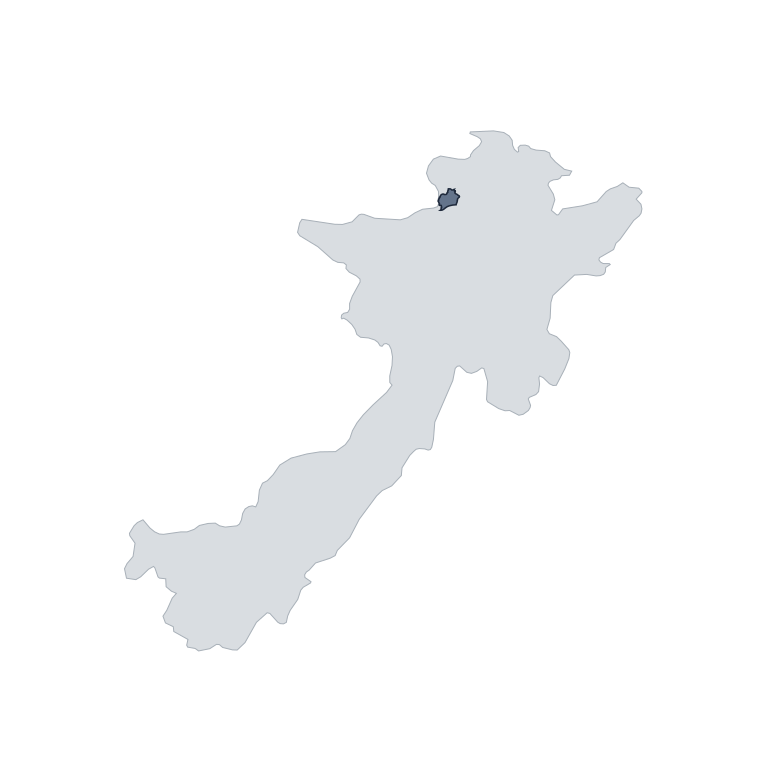 Ngeun, Xaignabouri, Laos (highlighted), rotated 77°
{"feature_id": "54806243B6650440767024", "entity_name": "Ngeun", "entity_type": "district", "adm_level": 2, "iso_a3": "LAO", "parent_name": "Laos", "parent_adm1": "Xaignabouri", "projection": "robinson", "projection_center": [101.129, 19.732], "detail": "fine", "context": "in_parent", "style": "filled", "palette": "slate", "viewbox_px": 768, "rotation_deg": 77, "n_neighbors": 0, "source": "geoboundaries", "source_scale": "gbopen_adm2", "svg_char_len": 7267}
<svg xmlns="http://www.w3.org/2000/svg" viewBox="0 0 768 768"><g transform="rotate(77 384 384)"><path d="M277.5,97.4L280.8,103.9L296.3,121.6L299.0,126.3L304.6,130.0L309.4,145.7L311.4,146.7L313.9,145.6L315.9,143.4L317.4,137.3L318.5,136.7L320.3,141.7L324.6,143.2L326.5,145.3L327.0,149.1L326.4,153.0L322.8,161.9L320.7,173.9L335.8,199.6L342.2,203.1L357.2,207.3L367.5,213.0L372.2,211.6L376.7,205.2L382.1,201.7L392.2,196.2L395.2,195.9L400.8,198.1L410.0,204.5L424.0,216.4L423.5,219.6L421.0,222.7L413.6,227.5L411.2,230.5L412.7,231.7L418.9,232.4L426.2,235.1L428.4,238.3L429.7,245.4L431.0,246.8L437.8,246.0L439.9,247.0L442.3,249.3L444.8,255.2L444.8,259.6L438.1,267.5L437.3,272.1L433.8,277.7L424.6,287.1L422.1,287.6L405.0,282.5L391.4,283.2L390.3,285.2L392.6,290.8L393.3,296.4L391.2,300.7L383.4,306.2L383.2,308.6L384.8,311.1L396.1,316.2L432.6,343.1L449.1,348.3L456.4,351.7L458.3,353.6L458.3,355.9L456.4,358.9L454.8,364.2L454.8,367.4L456.5,370.5L459.4,375.0L469.7,385.3L477.1,387.7L485.0,399.4L487.4,409.7L491.3,416.3L510.2,438.5L526.1,452.1L535.6,466.9L540.2,470.2L541.6,475.5L543.0,491.0L548.5,498.8L549.7,501.9L552.0,504.2L554.7,504.6L560.2,499.6L561.3,500.3L563.9,508.5L566.2,511.5L574.5,516.5L583.5,526.4L588.3,530.0L594.3,532.8L595.1,535.9L594.1,539.1L592.2,541.1L581.9,546.8L580.6,549.3L587.5,561.9L604.7,577.6L610.2,586.9L609.0,591.4L604.4,600.5L600.9,603.0L600.0,605.8L602.7,613.3L602.4,624.7L599.2,627.5L596.2,634.5L594.1,635.0L588.8,632.5L577.9,644.5L573.1,643.9L567.6,650.7L560.5,651.6L555.6,646.5L545.0,638.5L541.3,633.4L538.0,637.8L532.5,641.9L524.7,640.5L522.6,646.5L521.1,647.6L511.7,648.6L509.9,649.6L511.5,655.1L517.1,664.4L518.8,669.8L515.3,678.6L505.6,678.4L501.2,674.8L495.6,667.3L483.1,662.4L474.7,665.8L472.2,665.6L465.9,659.4L463.5,655.4L462.1,649.4L471.6,644.5L476.4,640.8L479.6,636.7L480.9,632.6L482.4,615.2L483.8,609.1L482.9,601.6L480.3,595.7L480.3,586.8L481.6,579.7L485.2,576.1L487.7,570.9L489.1,559.3L488.0,556.4L484.4,553.5L478.3,550.8L474.5,547.4L473.0,543.3L473.1,539.7L474.9,536.6L470.3,533.1L459.4,529.3L453.3,524.7L452.0,519.4L447.4,512.4L439.5,503.7L435.3,491.2L434.8,475.0L435.7,461.7L439.0,446.4L434.4,435.3L429.4,429.5L422.4,425.2L415.7,419.0L409.3,411.0L401.7,399.1L392.8,383.4L386.9,376.4L383.8,378.0L377.5,376.6L367.7,372.0L359.3,369.6L352.0,369.2L347.3,370.2L345.1,372.6L345.0,375.0L346.8,377.4L345.9,379.2L342.1,380.5L339.0,383.1L335.6,388.8L333.2,396.3L329.7,399.3L324.1,399.9L318.7,402.0L313.3,405.7L310.8,408.5L311.1,410.4L309.9,410.8L307.3,409.8L306.0,407.3L306.1,403.3L303.4,400.7L297.8,399.4L291.4,395.2L279.2,384.3L276.4,383.8L272.4,386.6L267.2,392.7L262.9,395.1L259.5,393.9L256.9,396.0L255.1,401.6L251.7,405.9L235.3,417.6L220.6,432.7L216.8,434.1L207.9,429.8L205.1,426.9L217.3,396.0L219.2,388.5L218.8,378.6L213.6,370.3L213.4,367.9L214.2,365.4L220.4,355.8L227.7,331.2L227.3,323.5L224.1,315.1L222.4,307.1L223.7,296.2L223.2,291.9L219.8,289.8L208.6,287.6L202.1,289.4L199.0,292.4L195.3,294.2L188.2,295.2L181.5,291.6L176.0,285.3L174.6,277.6L181.6,261.1L183.3,254.8L183.1,251.8L181.9,248.6L180.3,248.2L176.7,244.3L173.2,237.5L169.9,234.4L166.8,234.9L164.0,237.5L159.3,244.0L157.8,243.2L162.0,220.4L165.9,210.7L170.5,206.2L175.3,204.3L180.4,205.0L184.7,204.2L188.1,201.8L187.8,200.5L183.8,200.1L182.1,197.5L183.0,192.7L184.8,189.5L187.6,188.1L190.3,183.2L192.9,174.9L196.1,170.7L199.9,170.6L206.3,167.0L215.4,160.0L218.8,153.2L222.3,156.3L221.0,164.2L222.8,165.8L223.7,168.6L223.2,173.0L223.9,176.8L225.3,178.6L227.3,179.5L237.0,176.3L242.9,176.1L252.5,181.8L258.2,177.5L258.3,175.9L253.6,170.5L255.0,150.5L254.4,135.4L246.4,124.1L244.8,119.6L244.0,112.3L241.7,106.0L247.4,100.9L250.5,91.7L254.4,89.4L255.7,89.7L260.6,96.7L266.7,93.2L271.4,93.3L275.4,95.1L277.5,97.4Z" fill="#d9dde1" stroke="#a8b0b8" stroke-width="1"/><path d="M225.6,273.4L225.4,273.4L225.1,273.2L224.8,273.0L224.7,272.9L224.4,272.8L224.4,272.7L224.2,272.6L223.9,272.4L223.7,272.3L223.6,272.2L223.4,272.1L223.2,272.0L223.2,271.9L222.9,271.8L222.7,271.7L222.4,271.5L222.2,271.5L222.2,271.4L221.9,271.3L221.7,271.3L221.4,271.2L221.2,271.1L221.1,270.9L220.9,270.9L220.7,270.8L220.4,270.8L220.3,270.7L220.2,270.7L219.9,270.4L219.8,270.2L219.7,270.1L219.5,269.9L219.4,269.7L219.3,269.4L219.2,269.2L219.1,268.9L218.9,268.7L218.7,268.5L218.6,268.4L218.4,268.3L218.2,268.4L217.9,268.4L217.9,268.5L217.7,268.5L217.4,268.6L217.3,268.8L217.1,268.9L217.1,269.0L216.9,269.1L216.7,269.4L216.7,269.5L216.4,269.6L216.2,269.7L216.1,269.8L215.9,270.0L215.7,270.1L215.3,270.5L215.2,270.9L215.1,271.0L214.9,271.1L214.8,271.3L214.6,271.4L214.6,271.5L214.4,271.7L214.3,271.8L214.2,271.8L213.9,271.9L213.7,271.9L213.4,271.8L213.4,271.7L213.2,271.7L213.1,271.8L212.9,271.9L212.7,271.9L212.7,271.7L212.6,271.3L212.4,271.2L212.2,271.1L211.9,271.1L211.7,271.1L211.6,271.3L211.5,271.6L211.5,271.8L211.4,271.9L211.4,272.0L211.2,272.0L210.9,271.9L210.7,271.9L210.4,271.9L210.2,271.8L210.1,271.7L210.1,272.0L210.2,272.4L210.2,272.5L210.3,272.8L210.4,273.3L210.4,273.5L210.3,273.9L210.3,274.2L210.1,274.4L210.0,274.5L209.9,274.6L209.5,274.8L209.3,274.9L209.2,275.0L208.9,275.3L208.8,275.5L208.7,276.0L208.5,276.4L208.5,276.5L208.3,277.1L208.4,277.4L208.5,277.7L209.0,277.7L209.4,277.6L209.5,277.6L209.8,277.8L209.9,278.0L210.0,278.1L210.1,278.3L210.2,278.5L210.4,278.6L210.5,278.6L211.2,278.6L211.3,278.6L211.5,278.6L211.6,278.8L211.6,279.1L211.7,279.4L212.0,279.4L212.2,279.5L212.4,279.9L212.6,280.1L212.9,280.1L213.2,280.6L213.3,280.9L213.2,281.6L213.1,281.9L212.9,282.2L213.0,282.4L212.9,282.7L212.9,282.8L212.7,283.0L212.3,283.3L212.2,283.6L212.1,283.9L212.2,284.5L212.2,284.8L212.3,285.2L212.3,285.4L212.4,285.5L212.5,285.8L212.7,286.1L212.9,286.2L213.0,286.3L213.3,286.6L213.4,286.8L213.5,286.9L213.8,287.0L214.1,287.0L214.3,287.1L214.3,287.3L214.5,287.4L214.5,287.5L214.6,287.8L214.5,288.0L214.8,288.2L215.0,288.1L215.3,288.1L215.7,288.4L215.9,288.5L215.9,288.9L216.0,289.1L216.2,289.4L216.3,289.4L216.5,289.4L216.9,289.4L217.3,289.4L217.5,289.4L217.6,289.5L217.5,289.8L217.6,290.0L217.8,290.2L218.0,290.2L218.4,290.0L218.7,289.9L218.9,289.8L219.0,289.8L219.3,289.9L219.7,289.6L219.8,289.6L220.0,289.6L220.3,289.6L220.6,289.5L220.7,289.4L220.8,289.4L221.0,289.6L221.2,289.8L221.3,289.8L221.5,289.8L221.9,289.9L222.0,290.0L222.3,289.9L222.6,289.4L222.7,289.2L222.6,288.9L222.7,288.7L222.6,288.4L222.7,288.2L222.8,288.1L223.0,288.0L223.3,288.1L223.6,288.2L223.8,288.2L224.1,288.0L224.6,288.1L225.0,288.1L225.2,288.3L225.2,288.7L225.3,288.7L225.7,288.9L225.8,288.9L226.0,288.8L226.3,288.9L226.5,289.1L226.8,289.3L227.0,289.3L227.1,289.5L227.3,289.7L227.3,289.8L227.4,290.1L227.5,289.8L227.5,289.3L227.6,289.1L227.6,288.8L227.6,288.7L227.6,288.4L227.6,288.1L227.6,287.7L227.4,287.3L227.3,286.9L227.2,286.6L227.1,286.4L227.0,286.1L226.9,285.8L226.8,285.7L226.7,285.5L226.6,285.3L226.4,285.1L226.3,284.9L226.3,284.7L226.2,284.7L226.0,284.2L225.9,283.9L225.9,283.7L225.6,283.1L225.6,282.9L225.4,282.5L225.4,282.2L225.3,281.9L225.3,281.6L225.2,281.4L225.2,281.0L225.1,280.6L225.1,280.4L225.1,280.1L225.1,279.9L225.1,279.6L225.1,279.2L225.0,278.7L225.1,278.4L225.1,278.1L225.1,277.9L225.1,277.1L225.1,276.7L225.2,276.4L225.2,276.0L225.3,275.6L225.3,275.4L225.4,274.9L225.4,274.7L225.4,274.3L225.5,274.1L225.5,273.9L225.6,273.6L225.6,273.4Z" fill="#64748b" stroke="#1e293b" stroke-width="1.5"/></g></svg>